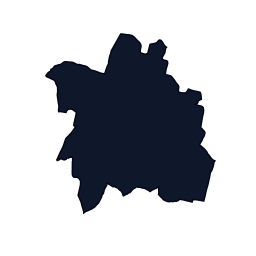 the district of Kahama Township Authority, Shinyanga, United Republic of Tanzania, rotated 194°
{"feature_id": "72390352B16659808480234", "entity_name": "Kahama Township Authority", "entity_type": "district", "adm_level": 2, "iso_a3": "TZA", "parent_name": "United Republic of Tanzania", "parent_adm1": "Shinyanga", "projection": "natural_earth1", "projection_center": [32.63, -3.838], "detail": "fine", "context": "isolated", "style": "filled", "palette": "ink", "viewbox_px": 256, "rotation_deg": 194, "n_neighbors": 0, "source": "geoboundaries", "source_scale": "gbopen_adm2", "svg_char_len": 5405}
<svg xmlns="http://www.w3.org/2000/svg" viewBox="0 0 256 256"><g transform="rotate(194 128 128)"><path d="M35.7,117.1L36.5,117.3L37.6,117.5L39.0,118.2L39.9,118.8L40.5,119.2L41.9,120.4L42.3,120.7L43.0,121.3L44.5,122.3L46.0,124.1L48.6,126.0L49.8,126.6L53.0,128.3L54.3,128.6L54.4,129.9L53.2,134.0L53.0,136.2L52.7,137.1L52.3,138.0L52.2,139.1L52.1,141.7L52.3,142.3L52.7,142.8L53.3,143.3L54.7,144.2L57.6,146.1L58.5,157.1L58.5,160.8L58.6,161.6L58.8,162.6L58.9,163.5L59.3,164.4L59.7,165.4L60.2,166.2L60.9,166.6L62.1,166.9L66.5,166.9L67.3,167.0L68.4,167.2L67.3,168.1L66.9,168.5L66.5,169.2L66.4,170.2L66.5,170.8L66.6,171.2L63.8,173.7L65.3,177.9L66.1,179.4L66.7,180.1L68.2,180.1L69.4,180.1L70.8,180.1L71.6,180.0L72.8,179.9L74.3,180.0L75.0,180.0L76.0,180.1L78.8,180.4L79.2,178.6L80.6,175.5L81.3,175.8L82.0,175.6L82.7,175.4L83.7,175.2L84.7,175.0L85.9,175.1L87.7,175.0L88.3,177.2L88.6,179.7L88.7,180.0L89.0,180.8L90.7,182.4L92.2,183.4L93.2,184.4L94.0,185.1L94.5,185.6L98.6,188.7L99.1,188.8L101.4,188.9L103.2,188.9L104.8,188.7L105.3,194.2L105.1,197.8L105.1,200.3L105.7,201.9L106.6,202.6L109.0,202.6L111.4,202.8L111.6,203.9L111.7,204.7L111.8,205.6L111.3,206.6L110.9,208.6L110.5,209.9L110.8,214.7L110.2,215.7L110.8,215.9L112.5,216.8L113.8,218.0L115.3,219.6L117.1,221.0L118.5,221.1L119.5,220.3L120.6,217.8L122.2,216.7L126.8,214.6L126.9,204.9L127.7,204.6L128.4,204.1L129.3,203.8L130.6,203.7L131.1,203.7L132.4,203.8L133.7,204.1L134.7,205.0L134.9,206.6L135.2,210.7L136.0,212.3L137.4,213.7L137.8,214.0L139.1,214.6L140.0,215.2L141.0,215.8L142.2,216.5L143.2,217.2L144.0,217.7L144.2,217.8L145.0,218.1L146.0,218.6L146.8,218.7L149.0,218.7L151.5,218.3L152.4,218.2L155.2,217.9L157.0,217.7L157.8,217.4L160.7,206.9L161.5,204.0L161.7,203.2L162.4,200.6L162.8,199.3L162.7,199.3L162.8,199.2L162.6,199.0L162.8,198.6L162.8,197.4L162.8,197.2L162.8,196.1L162.8,195.7L163.0,194.3L163.1,193.6L163.1,193.3L163.1,192.1L163.1,191.6L163.0,190.7L162.9,189.3L162.9,189.0L162.9,188.7L162.8,187.3L162.6,186.6L162.5,186.0L162.5,184.9L162.8,184.1L162.8,183.9L162.9,183.5L163.1,182.6L163.2,180.7L163.3,180.6L163.4,179.4L163.5,177.7L163.8,174.9L164.2,174.8L165.4,174.7L168.0,174.6L169.2,174.8L171.3,175.0L173.6,175.3L178.5,175.3L178.8,175.6L181.7,177.1L182.5,177.5L183.5,177.7L184.4,177.8L186.6,177.7L189.1,177.8L189.9,177.8L190.1,177.8L190.1,177.7L190.7,177.7L191.8,177.5L192.8,177.3L194.7,177.8L196.4,178.1L197.1,178.1L197.4,178.3L199.6,178.0L199.9,177.9L200.0,177.9L201.2,177.7L202.0,177.6L205.1,177.1L205.9,176.5L206.4,176.2L206.8,175.8L207.1,175.2L207.6,174.6L208.0,174.2L208.4,173.8L208.5,173.6L208.7,173.4L209.2,173.1L209.4,172.7L210.0,172.8L210.4,172.8L210.6,172.6L210.9,172.3L211.2,172.1L212.0,171.6L212.9,171.2L213.6,170.7L213.8,170.6L214.4,169.8L215.1,168.2L215.5,167.3L216.0,166.8L216.5,166.6L216.9,166.3L217.0,165.8L216.9,165.2L216.8,164.8L216.8,164.5L216.9,164.1L217.2,164.0L217.7,163.6L218.0,163.3L218.2,163.2L219.0,162.2L219.2,161.7L219.4,161.2L219.9,160.0L220.3,158.9L219.9,158.5L219.5,158.1L217.8,157.9L215.6,157.5L213.5,157.0L211.4,156.6L210.6,156.3L209.4,154.9L208.3,153.2L208.2,153.0L206.7,151.4L206.2,150.4L205.7,148.9L205.2,146.9L205.0,146.2L204.7,143.4L204.3,142.1L203.5,140.1L202.4,137.4L202.1,136.7L201.3,134.7L201.2,134.5L200.3,132.6L199.9,130.4L199.9,129.2L199.5,127.9L199.2,127.1L197.2,127.7L196.5,127.7L193.9,127.9L192.0,128.0L191.9,128.3L191.7,129.7L191.1,131.0L190.7,131.3L190.4,131.6L189.8,132.1L188.8,132.4L188.4,132.5L186.7,132.7L186.0,132.4L185.5,132.2L181.8,130.7L181.7,129.6L181.6,126.0L181.6,125.7L181.5,121.3L181.5,120.1L181.5,119.7L181.2,117.3L180.3,116.9L179.1,116.5L181.7,109.8L184.3,105.2L185.8,102.6L185.8,102.2L186.4,94.8L186.8,92.8L187.2,90.3L187.6,89.4L188.9,82.2L189.3,79.9L188.8,79.3L187.3,80.3L186.6,81.5L184.4,82.0L182.8,81.6L181.5,81.9L180.4,82.8L180.0,84.3L178.6,84.3L178.0,85.2L176.9,85.6L175.8,86.2L175.4,86.1L174.9,86.0L174.3,84.9L173.8,83.3L173.7,81.5L173.0,78.8L172.6,76.9L172.3,75.8L171.4,71.8L170.7,69.3L169.6,67.7L168.5,67.2L165.9,67.8L164.0,67.7L161.7,65.6L161.5,65.4L161.2,65.1L160.4,61.9L160.2,56.5L160.2,55.0L160.2,54.1L160.1,50.5L158.4,48.5L155.5,44.6L153.7,41.2L151.9,38.3L150.8,36.3L150.4,34.9L148.8,36.8L147.1,38.0L143.4,40.9L141.2,43.4L141.0,43.6L139.8,46.1L139.3,46.7L138.5,48.2L137.6,51.8L137.0,54.3L137.0,55.8L137.0,56.6L136.1,58.6L136.1,62.3L135.7,64.3L135.1,66.3L134.9,66.7L134.8,69.4L132.4,68.7L131.2,68.3L128.4,67.4L127.5,67.7L126.9,67.8L126.7,67.8L123.5,67.3L122.7,66.9L121.9,66.2L119.5,65.2L118.5,64.4L117.4,63.1L116.5,61.5L116.1,61.1L115.2,61.9L113.7,63.1L112.5,64.0L111.7,65.3L110.6,65.7L110.4,66.2L110.0,66.7L109.6,67.5L109.1,68.6L108.2,70.1L107.4,71.0L106.3,71.9L105.8,72.8L104.7,73.1L103.8,73.0L103.7,73.0L102.3,73.4L101.1,73.4L100.3,73.3L100.0,73.2L97.6,73.5L95.9,73.2L95.1,73.0L93.9,72.7L92.6,72.3L91.2,71.7L89.5,73.7L85.8,76.6L85.0,77.8L84.6,78.4L84.0,77.6L82.8,74.1L82.2,70.9L81.8,70.9L81.1,70.1L80.0,69.3L78.6,68.6L77.7,68.1L76.6,67.2L75.1,66.7L73.0,66.4L71.8,66.2L71.1,66.4L70.7,66.4L70.3,66.5L69.5,66.7L68.2,67.3L66.7,67.4L64.7,68.4L63.5,68.5L62.6,69.2L61.8,69.7L60.7,71.4L58.9,71.5L56.7,71.7L54.0,71.6L51.9,71.7L49.3,71.7L48.3,71.7L47.9,71.7L47.8,73.7L47.8,74.1L47.4,74.2L46.8,74.3L44.7,74.9L44.1,75.0L43.8,75.0L36.8,75.5L36.8,80.6L36.8,81.2L37.0,85.3L37.0,86.7L36.8,91.3L36.8,93.3L37.0,99.1L37.0,99.6L37.3,104.8L37.1,105.3L36.6,106.7L36.5,107.0L36.2,109.7L36.1,111.1L36.1,112.4L36.3,115.7L35.7,117.1Z" fill="#0f172a" stroke="#020617" stroke-width="1.5"/></g></svg>